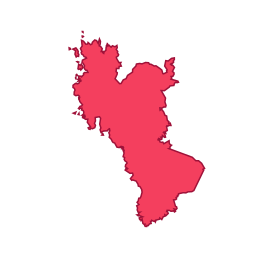 Portobelo, Colón, Panama (Robinson projection), rotated 294°
{"feature_id": "35544464B89301673090177", "entity_name": "Portobelo", "entity_type": "district", "adm_level": 2, "iso_a3": "PAN", "parent_name": "Panama", "parent_adm1": "Colón", "projection": "robinson", "projection_center": [-79.633, 9.507], "detail": "fine", "context": "isolated", "style": "filled", "palette": "rose", "viewbox_px": 256, "rotation_deg": 294, "n_neighbors": 0, "source": "geoboundaries", "source_scale": "gbopen_adm2", "svg_char_len": 5835}
<svg xmlns="http://www.w3.org/2000/svg" viewBox="0 0 256 256"><g transform="rotate(294 128 128)"><path d="M195.0,85.3L197.0,85.5L198.9,84.3L196.9,83.1L196.8,80.3L195.0,79.7L195.7,77.3L195.2,76.9L195.0,76.0L192.8,75.2L189.9,76.2L188.0,75.2L186.3,75.5L186.6,74.1L187.8,73.8L187.0,72.4L189.9,72.3L191.4,69.8L191.4,68.3L193.3,68.5L196.0,67.6L197.7,65.7L193.1,66.4L195.1,63.7L194.9,61.8L191.8,60.6L190.1,60.9L188.9,60.0L189.9,56.7L188.4,57.0L187.4,55.5L189.2,52.0L189.2,49.9L184.2,52.8L181.3,52.2L179.1,54.7L178.0,54.5L176.7,55.6L176.6,57.0L175.3,58.9L175.5,61.0L175.0,61.7L171.5,58.8L169.0,59.4L168.9,60.7L167.0,63.1L165.6,63.0L164.1,64.7L163.6,65.8L164.0,67.1L162.5,68.8L160.9,65.6L159.6,65.2L158.7,65.8L155.2,64.6L156.5,64.7L155.4,61.8L152.8,63.0L152.2,62.5L152.6,63.9L154.1,63.7L152.3,64.5L152.4,65.5L151.5,65.1L151.3,65.6L150.8,65.0L148.9,64.9L147.8,63.9L147.4,61.9L144.7,60.4L142.6,61.3L142.4,62.9L141.0,64.2L139.1,64.2L136.6,65.2L136.3,67.2L137.7,69.1L137.3,70.7L134.3,71.8L132.5,73.3L130.7,77.0L129.3,76.7L128.4,75.4L125.7,74.8L125.5,75.9L126.5,76.0L127.3,77.9L125.6,78.2L125.7,80.0L124.5,81.2L122.5,81.7L121.1,80.9L122.1,83.2L121.0,84.2L119.0,84.2L118.6,85.6L119.7,87.7L116.7,88.5L113.9,93.2L112.0,91.5L111.1,92.5L111.3,93.9L112.6,94.0L112.8,95.8L114.8,97.5L117.2,97.2L118.6,95.5L121.2,95.4L124.3,93.8L126.7,97.3L125.8,99.0L120.0,100.6L117.0,103.2L115.1,103.2L113.0,105.1L115.3,106.9L117.0,110.3L118.3,110.5L118.8,111.4L119.4,111.1L120.3,111.0L118.1,112.5L115.9,112.4L114.2,114.1L111.9,114.6L110.9,117.3L109.3,119.1L108.7,120.3L108.9,121.9L106.0,125.7L106.5,127.8L108.4,129.1L108.8,131.2L108.1,132.0L107.0,131.6L106.7,132.6L105.9,133.5L105.6,133.5L105.8,134.4L105.4,132.8L103.6,134.6L99.8,135.2L99.7,136.9L97.7,137.3L96.7,138.7L96.3,140.7L95.5,141.4L93.5,140.8L91.5,141.3L90.8,144.2L90.0,143.8L89.8,142.6L88.4,142.5L87.4,148.3L88.6,150.5L87.0,151.9L82.7,150.8L81.7,152.7L82.5,153.5L82.8,157.0L80.8,159.9L79.1,161.1L79.4,162.7L77.4,165.5L75.0,167.0L70.6,167.7L68.8,167.5L68.2,166.4L65.4,167.0L63.8,166.5L62.5,169.1L60.5,167.6L58.9,169.2L56.9,169.7L55.1,171.6L55.8,173.0L54.6,172.2L53.3,173.2L52.3,171.6L51.9,173.1L52.7,174.9L52.8,177.4L50.5,174.8L49.5,175.5L49.0,176.5L49.7,177.2L49.0,177.6L50.4,178.0L46.9,180.4L46.5,181.9L47.0,182.7L45.8,182.8L45.1,183.7L45.7,185.2L46.7,185.0L47.1,186.2L49.1,186.6L50.2,188.0L51.9,186.6L52.5,187.4L53.3,187.2L53.3,190.0L54.3,190.4L53.5,191.2L55.3,191.1L57.5,193.9L58.7,193.6L58.1,196.1L61.3,196.3L62.5,197.7L63.7,197.0L63.5,198.4L66.3,199.5L67.6,198.2L67.4,197.3L68.7,197.2L69.5,199.1L69.4,201.1L70.8,203.6L70.2,204.6L70.8,205.0L71.3,203.9L71.7,204.8L72.8,203.1L73.2,205.1L74.4,205.5L75.8,204.4L75.8,203.2L80.9,198.9L81.9,200.7L83.0,201.2L84.1,200.2L85.6,201.3L86.4,200.6L87.4,201.4L88.5,200.9L91.3,204.7L92.3,207.3L94.1,208.8L95.8,212.2L97.7,213.6L120.3,214.3L120.8,213.3L122.2,214.4L125.7,209.6L126.8,205.8L125.7,203.2L127.4,198.7L125.8,173.8L126.5,174.6L127.9,174.0L130.0,174.8L130.0,173.2L131.0,171.8L133.1,170.7L128.2,167.1L129.3,165.5L128.5,164.4L128.3,162.9L129.5,161.7L129.4,160.2L130.9,160.2L131.0,161.5L130.4,162.2L131.3,163.4L132.0,163.4L133.0,161.8L133.6,163.0L135.1,162.5L134.3,165.2L134.9,166.0L137.9,163.7L138.6,161.5L138.6,164.5L139.7,163.4L141.7,164.9L145.2,162.5L145.9,162.7L145.9,163.7L146.8,164.0L147.8,166.2L149.6,164.6L148.6,163.6L149.0,163.0L150.2,163.0L151.1,160.7L154.7,158.4L154.6,156.7L157.2,154.0L158.8,151.1L157.3,150.1L159.3,148.9L160.1,151.1L161.6,152.0L162.5,153.8L164.1,153.6L166.8,151.1L170.6,150.1L175.7,143.1L176.9,146.1L182.2,149.1L183.5,149.2L185.5,152.6L187.8,152.3L189.2,153.1L189.3,154.3L190.3,155.5L191.1,154.5L190.1,147.4L191.4,147.7L192.6,146.4L193.5,148.0L195.8,148.2L197.1,147.6L197.8,145.6L202.2,145.8L203.4,143.6L203.1,142.2L203.6,140.9L204.6,141.4L204.5,142.2L206.8,142.9L207.6,142.1L209.4,142.5L210.9,141.8L209.3,139.4L205.6,137.5L204.9,135.1L199.5,136.3L197.0,140.2L195.9,139.9L194.8,140.9L192.0,138.5L191.9,137.7L194.7,135.3L195.3,133.1L196.2,128.3L195.3,126.7L195.6,123.0L195.0,121.7L196.0,120.3L195.0,117.4L192.3,114.7L191.7,112.4L189.9,109.7L187.7,110.0L183.5,108.4L180.9,109.4L175.9,106.2L172.3,106.2L170.1,104.1L165.8,103.6L165.1,102.3L167.7,96.2L172.7,96.2L174.2,95.7L174.6,94.2L177.7,93.2L178.6,95.5L180.7,94.9L181.8,96.7L183.6,94.8L185.0,94.9L184.1,93.1L186.7,89.5L188.0,88.5L190.0,89.7L191.2,89.6L192.4,87.7L193.7,87.5L195.0,85.3ZM180.0,47.8L177.6,45.5L177.3,48.7L173.9,49.5L171.8,51.8L173.0,52.4L173.3,53.7L175.3,53.1L176.0,51.8L177.4,51.6L178.6,50.4L180.0,47.8ZM166.2,57.0L161.7,58.2L161.5,59.2L162.7,60.4L161.8,61.3L164.1,62.1L166.2,61.1L167.3,59.3L165.8,58.9L166.2,57.0ZM196.5,74.8L193.2,75.1L195.9,75.5L195.4,75.9L195.8,76.3L196.5,74.8ZM121.5,83.1L119.9,81.9L119.2,82.2L119.5,83.3L121.0,83.8L121.5,83.1ZM121.3,73.9L119.3,72.0L119.3,74.0L121.3,73.9ZM176.6,43.4L177.3,42.8L177.3,41.6L175.7,42.5L176.6,43.4ZM108.2,129.0L106.8,128.2L107.3,129.7L108.5,130.3L108.2,129.0ZM156.1,59.4L155.2,59.0L154.7,60.0L155.5,60.4L156.1,59.4ZM193.3,48.7L192.4,49.4L193.4,50.1L193.7,49.4L193.3,48.7ZM121.5,77.2L120.1,77.0L120.3,77.9L121.5,77.2ZM112.2,107.7L111.0,107.2L111.5,108.4L112.2,107.7ZM167.8,54.4L167.5,55.6L168.2,56.1L168.2,54.9L167.8,54.4ZM108.2,130.9L107.2,130.1L107.2,130.7L108.2,130.9ZM151.6,63.6L150.6,63.4L151.4,64.1L151.6,63.6ZM197.1,48.0L197.8,47.6L197.6,47.0L197.2,47.2L197.1,48.0ZM107.9,131.6L108.6,130.5L108.1,131.2L107.3,131.1L107.9,131.6ZM195.2,75.8L195.2,76.8L195.8,76.9L195.7,76.5L195.2,75.8ZM106.1,132.5L107.0,131.5L106.9,131.4L106.1,132.5ZM119.0,83.2L119.0,83.8L119.7,83.9L119.7,83.7L119.0,83.2ZM112.6,106.6L112.1,106.6L111.9,107.0L112.4,107.1L112.6,106.6ZM152.8,59.6L152.4,59.7L152.0,60.1L152.5,60.3L152.8,59.6ZM135.3,70.8L134.8,71.1L135.5,71.3L135.3,70.8ZM136.3,70.6L135.9,70.6L135.7,70.7L135.9,71.0L136.3,70.6ZM105.9,133.4L106.2,132.8L105.6,133.3L105.9,133.4Z" fill="#f43f5e" stroke="#9f1239" stroke-width="1.5"/></g></svg>